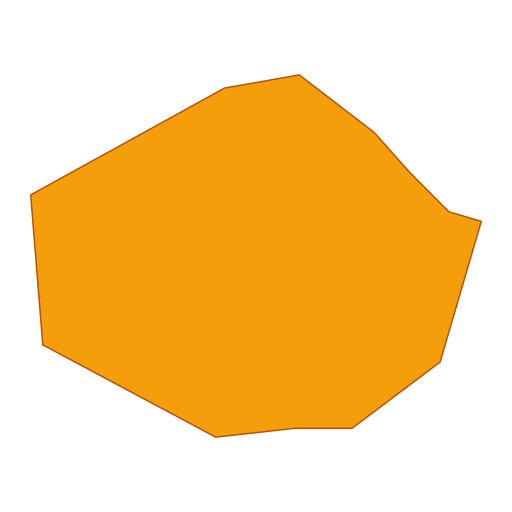 Seo-gu [West District], Daegu, South Korea (Natural Earth projection)
{"feature_id": "91817680B37138617445780", "entity_name": "Seo-gu [West District]", "entity_type": "district", "adm_level": 2, "iso_a3": "KOR", "parent_name": "South Korea", "parent_adm1": "Daegu", "projection": "natural_earth1", "projection_center": [128.554, 35.869], "detail": "fine", "context": "isolated", "style": "filled", "palette": "amber", "viewbox_px": 512, "rotation_deg": 0, "n_neighbors": 0, "source": "geoboundaries", "source_scale": "gbopen_adm2", "svg_char_len": 307}
<svg xmlns="http://www.w3.org/2000/svg" viewBox="0 0 512 512"><path d="M30.7,194.9L42.8,344.9L215.6,437.1L294.8,428.3L352.0,428.3L408.4,385.9L422.5,375.3L440.1,362.0L481.3,221.4L448.9,211.8L409.3,172.0L374.0,132.3L299.2,74.9L224.4,88.1L30.7,194.9Z" fill="#f59e0b" stroke="#b45309" stroke-width="1.5"/></svg>